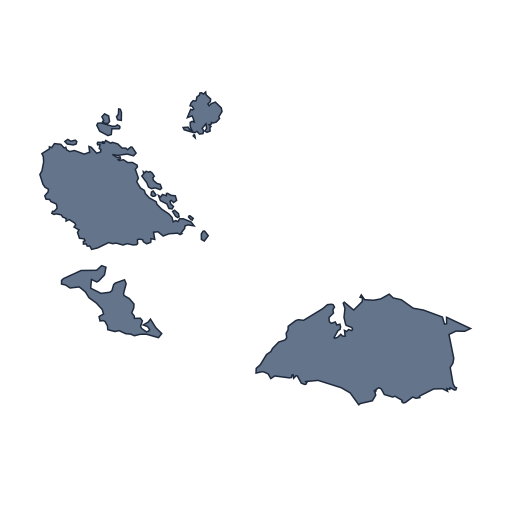 Kudat, Sabah, Malaysia, rotated 260°
{"feature_id": "92858781B15931830971700", "entity_name": "Kudat", "entity_type": "district", "adm_level": 2, "iso_a3": "MYS", "parent_name": "Malaysia", "parent_adm1": "Sabah", "projection": "natural_earth1", "projection_center": [117.119, 7.0], "detail": "fine", "context": "isolated", "style": "filled", "palette": "slate", "viewbox_px": 512, "rotation_deg": 260, "n_neighbors": 0, "source": "geoboundaries", "source_scale": "gbopen_adm2", "svg_char_len": 6072}
<svg xmlns="http://www.w3.org/2000/svg" viewBox="0 0 512 512"><g transform="rotate(260 256 256)"><path d="M92.6,424.3L89.5,428.3L89.5,429.6L91.4,430.6L92.4,429.0L95.8,427.9L112.5,427.9L116.4,431.4L120.9,433.0L145.2,432.4L147.3,439.9L145.6,448.4L147.3,454.7L162.6,433.0L156.2,432.0L156.2,429.8L163.5,429.0L173.7,411.5L177.3,401.7L187.7,391.5L190.9,383.8L195.3,380.6L192.1,371.4L192.0,364.2L194.1,355.4L199.4,352.9L197.3,351.3L196.1,353.7L192.6,352.6L185.8,342.8L195.2,334.9L194.3,333.7L188.9,334.5L180.3,332.0L173.2,332.4L172.0,332.8L169.0,337.9L167.1,338.4L165.9,337.3L167.5,334.5L165.9,332.1L167.4,330.2L161.6,329.9L162.0,327.4L164.2,325.9L161.7,322.2L161.3,319.1L162.1,318.7L168.1,323.6L169.3,326.2L171.6,327.0L174.3,326.8L174.0,323.6L177.3,322.6L176.6,318.5L178.6,316.8L182.8,317.2L186.4,322.4L189.8,322.4L191.9,324.4L194.5,323.6L195.4,322.0L195.7,317.9L192.6,312.7L184.4,291.7L185.9,286.6L185.5,283.9L181.2,275.5L177.6,274.7L174.7,272.3L170.0,272.0L168.2,269.9L167.3,263.4L162.1,256.2L159.3,254.0L157.1,249.2L148.2,241.4L145.3,236.7L140.7,235.7L141.0,242.2L140.2,244.0L137.8,247.5L132.7,249.3L134.6,253.6L130.2,267.7L130.2,269.9L132.5,270.8L132.4,272.0L129.1,271.9L131.1,274.6L130.8,275.8L123.0,278.5L121.1,281.5L121.0,282.8L122.7,284.2L123.7,283.4L122.7,295.6L111.4,317.2L104.8,325.0L91.6,331.4L92.6,333.2L93.2,345.5L98.3,349.8L101.0,349.4L102.1,350.6L102.7,349.3L105.0,353.9L103.3,356.3L97.3,358.3L93.4,366.0L93.7,368.6L88.5,374.8L87.1,374.3L85.7,375.6L85.8,377.8L89.9,385.8L88.1,388.8L88.1,392.7L89.0,392.2L89.9,393.6L94.2,407.9L92.9,416.6L89.5,421.2L92.3,420.9L91.0,423.7L92.6,424.3ZM385.5,63.2L377.1,60.0L373.8,57.3L363.8,58.6L360.4,60.1L357.8,63.2L355.1,62.3L352.1,58.5L350.8,58.6L348.4,59.1L347.5,62.6L345.3,63.4L342.0,68.2L340.0,68.6L337.5,68.3L335.1,65.2L335.3,63.4L333.5,62.3L332.0,64.3L332.2,66.5L330.4,71.3L327.9,72.4L326.0,75.5L323.4,75.0L324.3,78.4L319.9,83.2L318.0,83.9L316.1,81.8L312.5,86.2L310.3,84.3L304.1,85.2L302.7,89.8L300.6,90.2L300.3,88.5L297.7,88.1L297.5,90.7L295.1,91.5L294.5,94.2L291.1,95.2L291.4,101.2L294.8,113.2L293.0,117.1L293.0,120.5L289.9,126.9L290.5,131.4L288.2,136.9L287.9,140.4L288.8,141.6L292.5,142.0L293.0,143.4L291.8,147.1L289.6,147.6L287.0,150.4L287.7,154.7L291.3,155.6L289.9,159.2L297.2,159.2L296.9,163.7L291.8,168.0L293.0,174.2L292.1,182.7L290.3,184.9L290.9,187.0L291.7,186.3L295.6,190.6L297.8,191.1L298.5,194.2L296.4,200.3L300.9,197.9L305.3,190.8L305.9,187.2L303.5,185.2L304.8,183.0L304.0,180.4L308.6,180.0L312.5,177.5L318.8,171.0L324.2,167.4L326.8,167.1L331.8,161.0L336.6,157.9L340.0,157.4L343.1,154.0L349.9,151.4L353.1,153.7L362.3,152.2L364.3,154.7L366.1,154.7L369.6,150.5L370.3,145.9L373.8,142.2L373.8,137.7L374.8,136.9L375.5,139.5L377.3,139.3L377.2,136.2L380.9,132.2L379.1,137.1L378.8,146.8L375.9,152.8L378.2,155.8L384.7,152.9L385.1,151.7L383.0,147.9L384.9,146.5L385.5,142.9L390.4,139.3L392.9,134.2L392.3,132.5L395.9,128.0L393.3,126.0L393.6,124.8L394.6,126.0L395.2,125.0L394.6,124.2L395.5,119.9L394.4,119.2L392.9,119.4L392.9,121.7L389.0,120.3L387.9,121.7L385.5,121.1L384.9,116.9L391.6,112.7L392.9,110.5L387.1,110.2L386.2,104.5L391.4,95.5L391.2,90.7L393.5,87.9L396.1,87.6L395.7,85.8L399.9,83.1L401.7,77.0L398.2,73.6L399.4,71.5L397.4,71.2L394.0,62.9L390.9,63.8L385.5,63.2ZM269.6,96.5L272.1,81.3L267.2,62.6L265.8,60.3L262.1,59.6L260.5,63.5L256.8,67.3L256.2,76.6L250.2,81.8L243.9,84.3L237.4,90.6L229.9,95.3L225.4,95.8L223.6,90.9L219.1,91.1L218.9,94.4L217.7,96.0L212.8,97.6L209.2,97.2L206.1,103.9L206.3,108.1L202.1,114.2L200.8,119.1L198.6,122.4L199.0,128.5L198.0,134.5L192.5,145.8L196.0,149.7L202.9,144.8L212.2,141.1L209.6,138.3L207.7,132.9L205.3,136.9L202.1,138.5L200.6,137.1L200.4,134.8L204.5,130.8L206.9,130.1L211.8,132.9L214.8,131.3L215.7,125.4L217.9,125.7L221.7,123.8L226.0,126.6L229.9,127.5L236.1,123.8L240.0,119.1L242.2,119.1L251.2,123.3L255.4,122.4L253.8,112.8L252.6,110.9L246.9,108.1L245.7,105.8L246.1,96.9L253.0,87.6L261.5,89.9L258.1,94.6L258.7,96.7L263.7,103.5L271.0,106.3L273.3,102.3L269.6,96.5ZM411.8,217.2L404.2,212.4L405.1,217.4L402.2,218.1L398.6,218.5L399.7,216.5L399.0,214.4L394.7,213.7L389.3,215.2L388.1,217.3L389.0,219.5L385.9,221.5L385.7,225.0L388.4,226.2L391.1,225.1L394.8,229.7L390.1,229.5L387.9,227.3L386.3,229.2L387.0,232.5L390.4,232.9L391.4,234.2L393.4,232.5L393.7,235.0L395.2,235.4L394.4,236.8L394.8,240.2L397.7,244.0L399.6,243.5L404.1,247.6L407.9,247.5L414.6,242.7L413.8,238.4L412.1,235.9L414.0,235.0L415.9,237.8L418.5,238.6L423.4,234.8L426.3,234.9L424.6,232.3L426.2,230.8L426.3,229.1L424.3,228.2L422.8,225.3L419.7,224.2L419.0,223.2L419.9,221.1L418.1,218.7L415.4,217.1L414.4,219.3L411.6,220.2L410.8,218.8L411.8,217.2ZM356.2,159.6L354.6,157.4L347.1,161.2L342.6,162.1L340.5,164.7L340.6,168.6L338.0,173.1L339.2,174.9L343.2,174.1L344.6,171.1L348.3,168.1L350.9,168.0L352.2,169.7L356.0,168.0L357.6,166.3L357.2,164.9L358.5,162.5L357.3,161.1L358.7,159.7L356.2,159.6ZM414.2,123.2L412.4,121.9L406.1,123.7L400.3,131.1L400.8,134.6L406.3,136.1L405.0,143.4L405.6,144.1L407.3,144.4L409.2,142.3L408.2,139.9L408.8,136.8L413.9,126.8L414.2,123.2ZM332.5,170.5L327.1,171.5L322.7,177.3L317.9,178.5L316.9,181.5L319.1,183.3L322.3,181.0L324.9,180.9L325.5,182.2L322.9,184.1L324.6,187.5L329.3,187.0L330.5,182.9L333.1,179.7L333.1,178.7L331.0,178.2L332.8,174.5L330.7,172.4L332.5,170.5ZM415.8,129.6L415.1,128.3L414.0,128.7L412.5,130.9L412.4,133.3L413.7,135.1L419.5,135.2L422.3,131.6L419.9,128.4L415.8,129.6ZM287.3,206.0L281.8,205.1L279.7,207.7L284.3,212.5L289.5,209.7L289.6,208.2L287.3,206.0ZM399.9,99.4L401.5,98.1L401.1,93.7L403.5,90.9L402.0,87.6L399.0,89.6L397.1,95.4L397.5,98.3L399.9,99.4ZM417.4,142.8L414.2,143.4L412.9,146.9L420.6,148.4L424.0,147.9L424.7,146.3L419.5,145.1L417.4,142.8ZM395.2,206.5L392.7,207.2L389.2,214.3L394.7,211.4L395.2,206.5ZM315.2,183.7L314.4,181.6L309.1,183.7L307.5,185.5L307.9,187.1L311.2,187.0L315.2,183.7ZM333.6,168.1L337.9,166.0L337.2,164.2L334.2,163.2L332.7,164.6L332.5,166.7L333.6,168.1ZM304.0,200.7L307.1,197.9L307.1,197.0L306.1,196.3L303.3,198.1L302.4,199.4L304.0,200.7ZM383.0,216.6L385.7,216.6L386.3,216.1L385.2,215.0L383.0,216.6Z" fill="#64748b" stroke="#1e293b" stroke-width="1.5"/></g></svg>